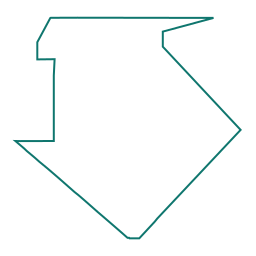 outline of Mineral, Nevada, United States of America
{"feature_id": "52423323B72214422766", "entity_name": "Mineral", "entity_type": "district", "adm_level": 2, "iso_a3": "USA", "parent_name": "United States of America", "parent_adm1": "Nevada", "projection": "robinson", "projection_center": [-118.71, 38.484], "detail": "fine", "context": "isolated", "style": "outline", "palette": "teal", "viewbox_px": 256, "rotation_deg": 0, "n_neighbors": 0, "source": "geoboundaries", "source_scale": "gbopen_adm2", "svg_char_len": 514}
<svg xmlns="http://www.w3.org/2000/svg" viewBox="0 0 256 256"><path d="M15.4,141.0L20.1,145.0L24.5,148.8L26.8,151.0L34.8,157.7L39.3,161.7L47.2,168.2L51.4,171.8L61.1,180.2L74.5,192.0L78.4,195.1L83.4,199.4L97.7,212.0L105.3,218.5L116.3,228.0L127.5,237.8L129.1,237.8L129.5,238.3L139.3,238.3L154.8,221.6L157.3,218.5L240.6,129.9L162.8,46.7L162.8,31.6L213.5,17.9L77.3,17.7L50.8,17.8L50.3,18.0L37.3,42.2L37.3,59.4L54.6,59.2L53.8,75.5L53.8,141.0L20.1,141.1L15.4,141.0Z" fill="none" stroke="#0f766e" stroke-width="2"/></svg>